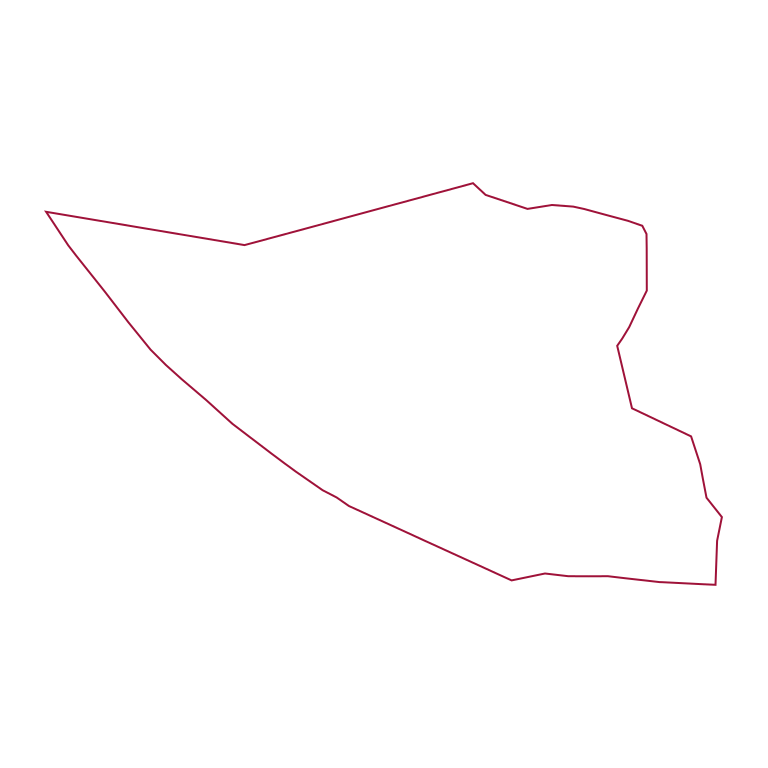 the district of Dordieb, Red Sea, Sudan
{"feature_id": "16777658B19100050508345", "entity_name": "Dordieb", "entity_type": "district", "adm_level": 2, "iso_a3": "SDN", "parent_name": "Sudan", "parent_adm1": "Red Sea", "projection": "orthographic", "projection_center": [35.963, 17.512], "detail": "fine", "context": "isolated", "style": "outline", "palette": "rose", "viewbox_px": 768, "rotation_deg": 0, "n_neighbors": 0, "source": "geoboundaries", "source_scale": "gbopen_adm2", "svg_char_len": 854}
<svg xmlns="http://www.w3.org/2000/svg" viewBox="0 0 768 768"><path d="M348.9,506.0L397.9,528.4L424.9,540.8L511.6,580.4L545.0,573.5L568.2,576.2L588.9,576.3L607.9,576.2L624.9,578.2L640.0,579.9L643.8,580.3L659.6,582.1L662.5,582.2L664.5,582.3L688.5,583.5L702.3,584.2L715.5,584.8L717.1,540.8L721.9,517.1L706.5,497.7L702.8,478.4L700.2,464.2L691.1,436.4L632.0,408.3L617.2,345.8L622.2,338.6L629.2,327.1L638.0,308.4L646.8,290.6L646.7,248.5L646.5,234.0L642.3,225.8L627.9,220.8L605.9,214.9L584.2,209.0L573.2,206.6L551.9,205.0L527.5,208.9L485.6,194.9L473.0,183.2L346.2,217.6L306.8,228.3L244.5,245.1L46.1,211.8L47.7,214.2L51.2,219.5L68.2,245.3L76.2,255.7L104.7,291.5L128.3,322.2L150.6,349.7L166.0,365.1L181.7,379.2L206.1,400.0L232.4,423.8L271.5,453.6L284.6,463.4L295.8,471.6L322.6,490.2L336.7,497.5L348.9,506.0Z" fill="none" stroke="#9f1239" stroke-width="2"/></svg>